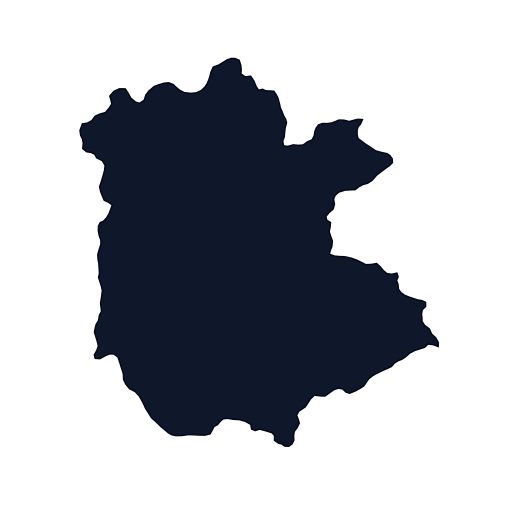 Itaobim, Minas Gerais, Brazil, rotated 10°
{"feature_id": "56859067B61081448342892", "entity_name": "Itaobim", "entity_type": "district", "adm_level": 2, "iso_a3": "BRA", "parent_name": "Brazil", "parent_adm1": "Minas Gerais", "projection": "albers", "projection_center": [-41.522, -16.578], "detail": "fine", "context": "isolated", "style": "filled", "palette": "ink", "viewbox_px": 512, "rotation_deg": 10, "n_neighbors": 0, "source": "geoboundaries", "source_scale": "gbopen_adm2", "svg_char_len": 3924}
<svg xmlns="http://www.w3.org/2000/svg" viewBox="0 0 512 512"><g transform="rotate(10 256 256)"><path d="M337.1,103.2L332.6,103.7L328.7,105.4L324.5,107.4L319.0,107.0L314.1,107.7L311.1,109.7L307.6,111.8L302.9,113.3L298.4,114.0L294.7,116.2L293.0,119.9L292.4,123.4L292.5,127.3L291.2,131.8L286.8,134.7L283.2,138.5L278.5,139.7L273.4,140.1L268.2,142.6L263.9,142.7L262.3,138.1L263.1,133.6L262.7,129.5L262.4,124.6L262.9,119.5L261.4,116.2L258.8,113.1L256.3,108.9L254.3,106.0L252.2,101.1L250.1,96.6L247.9,93.7L245.0,90.7L240.9,91.1L236.9,91.7L233.6,90.7L229.8,92.3L226.7,89.2L223.7,84.3L219.5,79.9L214.1,81.5L209.5,79.2L209.0,74.8L207.9,70.9L205.4,66.2L201.1,65.2L197.5,65.7L193.4,68.0L189.4,71.6L186.1,74.5L181.1,77.4L179.7,83.1L179.5,86.8L179.0,90.5L178.0,94.8L176.5,98.3L173.5,102.5L169.0,105.7L163.5,107.2L157.0,107.6L151.9,106.0L147.9,103.7L144.6,101.5L139.7,100.6L135.3,101.9L130.7,104.2L126.3,106.8L121.9,112.1L119.6,116.6L118.9,122.0L114.9,125.8L110.6,125.4L105.3,122.3L102.0,118.2L98.2,114.1L92.4,115.1L87.5,118.5L84.3,123.9L86.2,127.8L87.6,131.4L85.8,135.8L82.8,140.9L77.6,143.4L73.4,146.2L70.8,151.3L66.8,154.5L62.1,156.0L60.9,163.0L62.5,167.8L64.8,170.8L66.3,174.8L66.8,180.3L71.0,182.7L75.8,182.6L79.5,183.8L82.1,187.0L88.1,188.7L91.7,192.9L92.0,198.3L91.5,203.8L90.8,209.7L90.0,215.0L92.0,219.8L94.9,224.4L96.9,227.5L101.1,228.5L105.6,230.6L104.8,235.7L104.0,239.9L102.2,244.5L99.8,248.2L96.8,250.2L95.7,253.9L96.4,258.6L98.1,263.1L100.5,267.3L101.3,271.5L100.5,276.6L100.0,282.1L101.1,286.8L102.5,290.5L103.8,295.8L104.9,300.5L104.7,304.4L106.8,308.4L109.0,312.5L110.7,316.6L111.1,323.8L111.1,329.3L112.4,333.6L113.5,337.4L112.1,341.7L112.2,346.7L110.5,351.3L110.2,354.9L110.2,359.1L112.2,363.0L114.5,367.5L116.4,372.0L115.6,376.9L114.0,381.4L115.4,384.7L120.1,384.2L125.0,380.2L128.6,377.9L132.9,377.1L137.6,379.4L140.2,384.2L143.0,389.6L145.9,395.1L147.1,400.6L150.0,404.7L154.5,408.6L160.6,410.5L165.4,414.1L168.4,417.8L170.8,420.9L173.6,425.0L177.7,429.5L181.3,433.5L185.4,436.0L188.8,438.2L192.1,440.5L195.9,442.7L200.4,445.3L204.0,446.6L208.2,446.8L214.3,445.6L220.1,443.7L225.0,442.9L230.3,442.3L236.7,441.3L241.6,439.1L243.0,435.2L244.2,431.3L247.5,428.6L249.2,425.4L251.8,422.1L255.9,420.8L261.9,420.7L268.3,420.0L274.4,420.7L280.1,422.7L281.8,427.2L285.6,428.0L289.5,425.9L295.0,426.3L302.4,427.2L305.4,429.5L306.2,434.3L310.5,436.3L314.1,436.6L317.3,438.2L321.4,437.6L324.1,434.8L325.2,430.8L324.2,426.4L324.1,422.1L326.3,417.8L327.6,413.1L325.8,409.4L323.6,405.8L325.0,401.5L328.0,398.6L330.7,396.0L332.7,391.5L334.4,387.3L337.6,382.9L344.1,382.5L348.3,381.9L352.0,378.0L356.1,373.9L360.3,371.8L364.4,371.8L368.2,374.3L372.0,374.9L377.2,371.6L381.3,368.3L384.5,365.4L386.4,361.4L388.2,357.5L391.6,353.6L394.3,351.3L397.6,348.9L400.4,346.8L404.7,344.0L408.5,341.3L410.8,337.4L414.3,334.3L417.5,332.4L420.9,329.1L424.1,325.0L428.6,321.5L433.9,318.7L437.8,316.7L440.7,312.8L445.9,312.5L451.1,313.5L450.5,309.6L447.0,305.2L442.5,302.5L439.4,297.8L434.1,295.1L430.9,291.7L430.1,288.0L429.0,284.3L429.1,279.9L431.8,276.2L431.0,272.2L427.2,271.2L422.3,271.2L418.5,270.6L413.8,269.9L409.1,268.9L405.0,266.9L402.0,263.9L400.7,259.2L398.6,255.7L399.6,251.9L397.7,248.4L392.9,250.5L387.9,250.6L383.8,248.2L380.1,245.0L376.1,242.5L371.1,244.3L365.7,245.5L360.5,243.9L355.5,242.5L350.7,241.7L346.3,241.4L342.8,241.4L338.9,242.0L333.3,242.5L327.9,241.5L328.1,237.5L329.0,233.7L328.6,228.0L326.0,223.5L323.8,219.4L323.9,214.3L323.5,210.0L319.5,208.6L317.9,205.0L320.4,200.4L323.7,196.5L324.3,191.6L322.5,186.5L323.3,182.6L326.3,178.7L332.4,175.6L337.2,174.5L342.1,173.4L345.4,169.7L348.9,167.0L353.2,165.0L357.0,161.5L358.9,158.5L360.7,155.4L364.3,151.5L368.3,147.2L372.0,143.4L374.1,140.3L373.2,136.6L370.3,133.8L367.1,132.5L361.9,132.3L355.5,131.7L349.8,129.1L344.1,126.7L340.1,124.6L336.0,122.6L334.5,119.0L333.7,114.8L334.1,111.1L336.0,107.8L337.1,103.2Z" fill="#0f172a" stroke="#020617" stroke-width="1.5"/></g></svg>